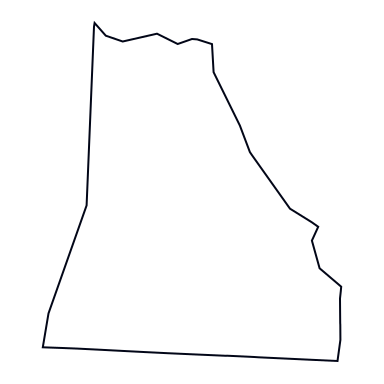 the district of Cleveland, North Carolina, United States of America
{"feature_id": "52423323B32747612056401", "entity_name": "Cleveland", "entity_type": "district", "adm_level": 2, "iso_a3": "USA", "parent_name": "United States of America", "parent_adm1": "North Carolina", "projection": "robinson", "projection_center": [-81.506, 35.374], "detail": "fine", "context": "isolated", "style": "outline", "palette": "ink", "viewbox_px": 384, "rotation_deg": 0, "n_neighbors": 0, "source": "geoboundaries", "source_scale": "gbopen_adm2", "svg_char_len": 614}
<svg xmlns="http://www.w3.org/2000/svg" viewBox="0 0 384 384"><path d="M252.0,155.2L249.9,152.1L239.9,125.6L213.6,72.2L212.0,44.1L197.2,39.4L192.0,39.0L177.7,44.0L157.0,33.7L122.7,41.5L105.8,35.7L94.6,23.0L94.0,26.7L86.6,205.4L48.5,313.4L42.8,347.3L62.6,348.0L77.5,348.6L101.2,349.8L124.1,351.0L145.4,352.1L167.6,353.2L192.1,354.3L226.2,355.8L226.7,355.7L248.2,356.7L254.2,357.0L258.7,357.3L311.6,359.8L337.5,361.0L340.4,339.9L340.3,324.9L340.2,323.2L340.0,298.5L340.8,291.1L341.2,286.7L319.6,268.3L311.9,240.6L318.2,226.8L312.0,222.4L290.0,208.7L252.0,155.2Z" fill="none" stroke="#020617" stroke-width="2"/></svg>